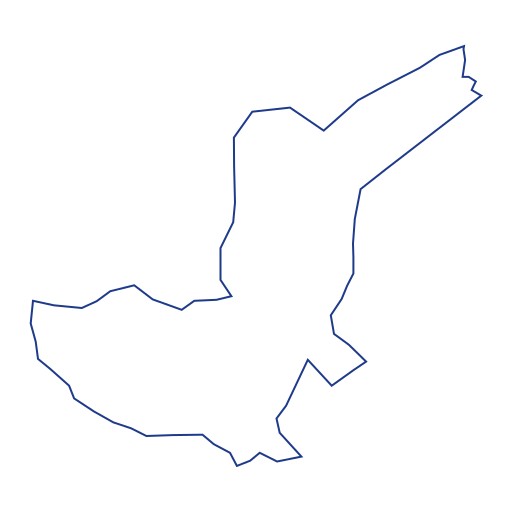 the district of Agios Isidoros, Paphos, Cyprus
{"feature_id": "46923920B47952504764037", "entity_name": "Agios Isidoros", "entity_type": "district", "adm_level": 2, "iso_a3": "CYP", "parent_name": "Cyprus", "parent_adm1": "Paphos", "projection": "mercator", "projection_center": [32.473, 35.009], "detail": "fine", "context": "isolated", "style": "outline", "palette": "blue", "viewbox_px": 512, "rotation_deg": 0, "n_neighbors": 0, "source": "geoboundaries", "source_scale": "gbopen_adm2", "svg_char_len": 966}
<svg xmlns="http://www.w3.org/2000/svg" viewBox="0 0 512 512"><path d="M464.0,46.1L439.5,54.9L420.0,67.7L387.0,84.6L358.1,100.2L323.7,130.6L290.0,107.6L252.3,111.7L233.9,137.6L234.1,165.9L235.0,202.7L233.2,222.2L220.5,248.1L220.5,279.9L231.4,296.2L216.5,299.8L194.3,300.8L181.7,309.8L152.7,299.4L134.2,285.3L110.3,291.2L96.7,301.2L81.8,308.0L53.8,305.3L33.0,300.8L30.7,323.5L35.7,341.6L38.0,358.9L50.2,368.9L69.1,385.7L74.1,398.4L94.0,411.5L113.4,422.4L131.1,428.3L146.4,436.0L172.6,435.1L202.5,434.7L213.8,444.2L230.0,452.8L236.9,465.9L250.2,460.7L259.7,452.8L277.1,461.5L301.4,456.6L279.7,432.8L276.5,418.5L286.1,405.7L307.8,359.8L331.7,385.7L353.4,370.2L366.1,361.6L348.9,344.8L334.0,333.9L330.8,315.3L341.7,298.9L347.1,285.8L353.4,273.5L353.4,257.2L353.0,243.6L354.8,219.0L360.6,189.1L386.0,169.1L481.3,95.6L480.7,95.3L471.7,90.0L473.6,85.8L475.8,81.5L468.7,76.9L462.6,76.9L465.1,60.0L463.5,49.2L464.0,46.1Z" fill="none" stroke="#1e3a8a" stroke-width="2"/></svg>